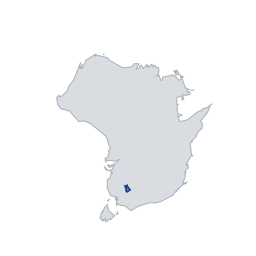 Edward River, New South Wales, Australia shown in context, rotated 50°
{"feature_id": "25037944B16722839752740", "entity_name": "Edward River", "entity_type": "district", "adm_level": 2, "iso_a3": "AUS", "parent_name": "Australia", "parent_adm1": "New South Wales", "projection": "natural_earth1", "projection_center": [144.82, -35.234], "detail": "fine", "context": "in_parent", "style": "filled", "palette": "blue", "viewbox_px": 256, "rotation_deg": 50, "n_neighbors": 0, "source": "geoboundaries", "source_scale": "gbopen_adm2", "svg_char_len": 4615}
<svg xmlns="http://www.w3.org/2000/svg" viewBox="0 0 256 256"><g transform="rotate(50 128 128)"><path d="M167.2,57.2L169.5,68.5L172.4,68.0L175.7,71.3L176.3,78.3L178.3,80.7L178.7,87.1L180.1,90.5L189.6,96.7L193.3,106.9L194.4,107.5L194.6,105.6L196.7,107.5L197.0,106.6L197.8,111.8L199.1,113.3L201.7,114.9L206.9,123.7L206.6,129.6L208.4,136.6L205.5,149.8L203.5,154.5L198.9,160.0L194.5,170.7L193.3,178.7L185.5,180.6L181.6,184.1L179.2,184.4L179.8,186.4L176.0,183.5L176.6,182.8L176.3,182.1L175.6,182.1L174.4,183.3L173.5,182.6L175.0,181.4L174.1,180.5L169.0,184.8L161.0,182.7L154.6,177.4L154.4,173.2L151.4,169.5L152.6,169.6L152.6,168.5L148.4,169.6L149.6,166.8L147.9,162.8L146.4,167.4L143.4,167.9L143.8,166.3L145.3,166.3L147.2,160.0L146.6,155.2L144.5,160.2L141.5,162.1L139.5,165.1L139.8,166.6L138.6,166.4L136.5,164.8L137.8,164.7L136.8,161.8L134.8,158.4L133.1,158.0L132.8,155.1L120.6,150.1L100.4,153.9L94.1,157.3L91.5,161.6L77.5,161.8L70.2,167.0L65.0,166.7L58.9,163.2L58.5,159.7L60.0,160.3L61.0,158.1L60.5,151.0L57.7,145.6L56.3,138.8L48.7,124.7L51.4,126.3L49.6,122.0L50.9,124.5L52.9,125.3L49.1,116.4L50.8,104.3L51.4,107.1L53.5,104.0L61.3,98.4L64.1,98.8L78.2,93.5L83.4,86.4L82.9,81.7L85.7,78.4L88.2,83.6L89.4,80.7L87.8,78.7L88.2,77.4L92.9,78.3L91.5,77.8L92.4,75.7L91.5,74.0L94.0,73.7L93.1,72.4L95.2,72.2L94.4,70.3L96.2,68.1L96.3,69.4L97.8,69.2L97.9,66.8L100.0,67.6L101.3,65.7L103.5,67.0L106.6,70.4L106.1,73.2L108.1,70.5L112.5,72.3L113.3,70.8L111.4,68.7L116.2,59.4L117.2,60.0L118.9,57.7L119.5,58.7L124.7,58.0L124.5,55.7L121.0,54.1L121.6,53.5L134.1,58.3L137.7,56.6L136.9,58.4L138.4,59.4L140.2,57.2L141.9,59.0L140.0,63.2L137.8,63.6L137.9,66.6L136.0,71.2L147.3,79.8L150.4,80.6L151.4,82.7L156.5,84.1L160.1,76.7L160.3,65.9L160.9,61.9L162.1,60.9L161.1,59.1L164.2,51.3L167.2,57.2ZM173.5,193.6L179.5,195.9L186.6,194.5L187.0,200.9L186.5,199.7L185.8,201.1L185.6,205.3L183.1,203.6L181.5,207.4L178.4,207.1L179.0,206.0L176.3,204.2L175.3,200.9L176.5,201.5L173.7,197.0L173.5,193.6ZM115.2,53.6L118.8,53.6L119.9,54.7L117.5,57.0L115.2,53.6ZM142.1,171.0L148.2,170.8L145.6,171.8L142.1,171.0ZM141.0,65.9L141.8,68.3L139.5,67.9L139.8,66.2L141.0,65.9ZM206.5,122.7L206.4,120.0L207.3,117.8L207.7,119.4L206.5,122.7ZM185.0,189.8L187.0,190.4L187.0,191.2L185.0,189.8ZM114.8,54.3L116.1,56.5L113.9,56.4L114.8,54.3ZM171.3,190.2L170.2,190.0L170.8,188.4L171.3,190.2ZM153.2,78.8L152.1,79.5L151.0,79.9L151.6,78.6L153.2,78.8ZM48.7,124.1L47.7,122.8L47.6,121.7L48.7,124.1ZM186.6,192.1L187.3,192.7L185.9,192.2L186.6,192.1ZM198.6,112.1L199.4,112.1L199.4,113.3L198.6,112.1ZM179.0,87.0L180.0,87.7L179.8,88.1L179.0,87.0ZM183.0,205.9L183.1,206.9L182.3,206.6L183.0,205.9ZM207.8,130.6L207.9,132.0L207.8,130.6ZM124.3,53.5L123.7,52.8L124.1,52.5L124.3,53.5ZM141.0,53.6L140.2,54.7L141.2,52.7L141.0,53.6ZM208.0,128.8L207.6,129.3L207.8,128.8L208.0,128.8ZM142.5,74.8L142.0,75.0L142.3,74.4L142.5,74.8ZM139.2,65.9L138.6,66.0L139.0,65.3L139.2,65.9ZM56.2,98.5L56.0,99.5L55.7,99.4L56.2,98.5ZM163.2,50.7L163.2,51.5L162.9,51.0L163.2,50.7ZM175.7,182.5L175.8,183.0L175.6,182.8L175.7,182.5ZM139.9,55.1L138.8,55.9L140.0,54.9L139.9,55.1ZM94.4,69.1L94.0,69.7L94.3,69.0L94.4,69.1ZM183.4,205.1L183.1,205.3L183.3,204.9L183.4,205.1ZM152.7,81.5L152.0,81.5L152.4,81.1L152.7,81.5ZM92.1,73.3L91.8,73.6L91.8,72.9L92.1,73.3ZM186.3,202.9L185.8,203.2L186.0,202.6L186.3,202.9ZM163.6,48.6L163.5,49.1L163.2,48.9L163.6,48.6ZM175.4,183.1L175.9,183.6L175.0,183.5L175.4,183.1ZM190.8,96.7L190.4,96.7L190.5,96.1L190.8,96.7ZM194.2,105.6L194.2,105.1L194.2,105.6ZM173.7,192.8L173.6,193.2L173.4,192.7L173.7,192.8Z" fill="#d9dde1" stroke="#a8b0b8" stroke-width="1"/><path d="M176.4,169.4L176.4,169.0L176.6,168.1L176.6,167.9L176.6,167.7L176.6,167.4L176.7,166.9L176.8,166.0L175.2,166.0L174.7,166.0L174.4,166.0L173.1,166.0L172.2,165.9L171.9,165.7L171.9,165.8L171.8,165.7L171.7,165.7L171.3,165.5L171.2,166.2L171.3,166.2L171.2,166.9L171.2,167.0L171.2,166.9L171.2,167.0L170.9,167.2L171.0,167.2L171.0,167.3L171.3,167.4L171.2,167.4L171.3,167.5L171.3,167.4L171.3,167.5L171.4,167.4L171.4,167.5L171.4,167.4L171.4,167.5L171.4,167.4L171.5,167.4L171.4,167.5L171.5,167.4L171.5,167.5L171.8,167.6L172.0,167.6L172.3,167.7L172.4,167.8L172.4,168.0L172.4,167.9L172.4,168.0L172.5,168.0L172.8,168.2L172.7,168.2L172.8,168.2L172.8,168.3L172.8,168.2L172.8,168.3L173.0,168.3L173.2,168.5L173.3,168.6L173.5,168.7L173.6,168.8L173.6,168.7L173.6,168.8L173.8,168.9L174.0,168.9L174.0,169.0L174.1,169.4L174.5,169.5L174.8,169.7L174.9,169.8L175.0,169.8L175.2,170.0L175.3,170.0L175.5,170.0L175.8,170.1L175.7,170.1L175.8,170.1L176.0,170.1L176.3,170.0L176.3,169.9L176.3,169.6L176.4,169.4L176.4,169.4Z" fill="#3b82f6" stroke="#1e3a8a" stroke-width="1.5"/></g></svg>